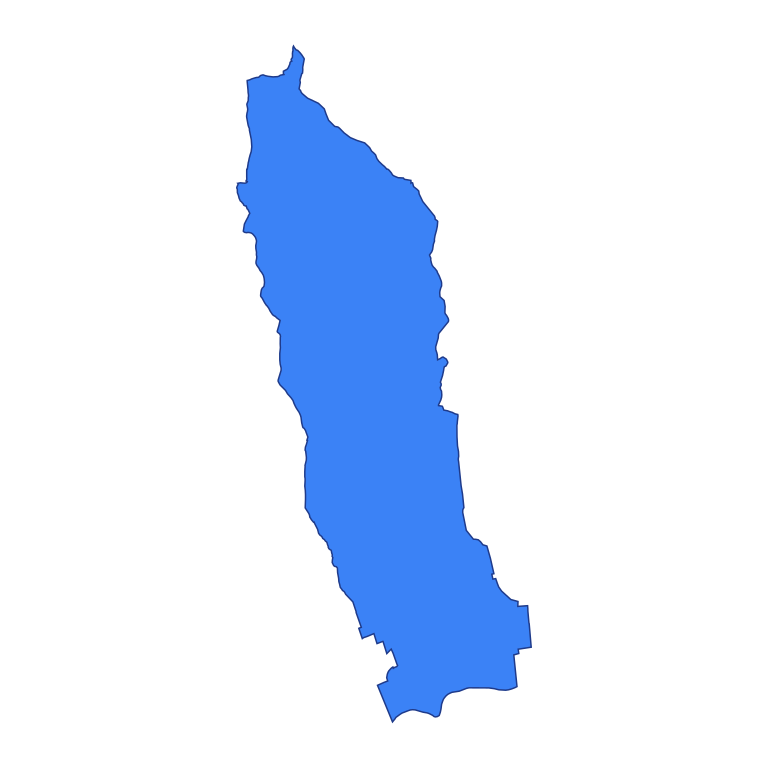 Ciceu - Mihaiesti, Bistrita-Nasaud, Romania
{"feature_id": "2599482B16133994523797", "entity_name": "Ciceu - Mihaiesti", "entity_type": "district", "adm_level": 2, "iso_a3": "ROU", "parent_name": "Romania", "parent_adm1": "Bistrita-Nasaud", "projection": "mercator", "projection_center": [23.946, 47.221], "detail": "fine", "context": "isolated", "style": "filled", "palette": "blue", "viewbox_px": 768, "rotation_deg": 0, "n_neighbors": 0, "source": "geoboundaries", "source_scale": "gbopen_adm2", "svg_char_len": 6071}
<svg xmlns="http://www.w3.org/2000/svg" viewBox="0 0 768 768"><path d="M392.5,721.9L394.9,719.0L395.9,717.4L400.4,714.1L402.2,713.0L408.2,710.7L410.2,710.0L412.5,709.7L415.2,709.9L423.1,712.2L427.2,712.9L429.2,713.6L432.7,715.4L434.0,716.5L435.3,716.9L437.3,716.6L439.2,715.5L440.3,712.3L441.0,709.0L441.6,704.3L442.5,701.6L443.4,699.3L444.1,698.2L445.8,696.1L447.7,694.4L449.7,693.3L452.0,692.3L459.2,691.2L466.7,688.3L469.1,687.8L488.7,687.9L494.4,688.7L498.9,689.8L505.7,690.2L508.5,689.8L511.7,688.9L514.8,687.7L517.0,686.6L513.8,654.9L518.8,653.5L518.2,649.2L531.2,647.2L529.2,623.8L528.9,622.7L527.9,611.4L527.8,608.2L527.6,605.7L517.8,606.4L518.0,601.5L510.8,599.5L501.6,591.1L498.7,587.0L497.3,583.3L495.7,578.6L492.9,579.1L491.8,574.2L493.9,573.7L490.4,558.3L486.9,546.0L482.9,544.8L480.5,541.7L478.3,539.8L475.8,539.3L473.4,539.2L466.3,530.4L462.7,512.4L462.8,509.7L463.9,507.6L462.5,494.0L461.1,485.7L458.6,461.6L458.3,459.9L458.3,458.6L458.7,456.2L458.5,451.6L457.5,446.0L457.0,436.8L456.9,425.4L457.3,423.1L457.3,422.1L458.0,416.0L457.8,414.5L455.0,413.8L452.1,412.3L450.5,411.9L447.6,410.8L443.8,410.1L442.7,407.0L442.2,406.2L438.5,405.6L438.5,404.9L440.8,400.0L441.6,397.2L441.8,394.9L441.5,391.1L440.6,389.5L440.2,387.5L441.2,385.1L441.1,383.7L440.4,382.2L442.5,375.7L443.6,370.5L443.9,368.3L444.4,366.7L446.0,366.0L447.8,362.8L447.7,361.9L446.3,359.1L443.0,357.0L441.4,357.6L440.4,358.5L437.6,359.8L437.3,354.8L436.8,352.7L435.8,349.7L435.7,346.8L438.2,338.1L438.5,334.3L439.0,333.2L448.4,321.6L448.6,320.1L448.2,318.4L446.6,315.5L445.3,313.8L444.9,312.6L445.1,306.4L444.1,300.5L440.0,296.7L439.7,292.9L439.9,291.0L440.8,287.8L441.6,286.0L441.6,283.0L441.3,281.3L439.2,275.9L437.4,272.5L437.0,271.1L434.7,268.2L433.5,267.1L432.2,265.3L431.5,263.3L430.7,259.9L430.8,258.1L429.8,255.9L429.5,255.0L431.7,251.9L432.6,249.6L433.4,244.2L434.5,241.1L434.4,239.2L435.0,235.7L436.5,230.2L437.3,226.2L437.7,221.4L437.3,220.8L435.1,219.2L435.1,217.9L434.5,216.1L422.8,201.6L419.2,194.1L418.7,191.0L417.1,189.4L413.6,186.6L412.6,182.9L411.7,182.6L411.0,183.1L410.9,180.4L404.4,179.3L403.4,178.0L398.1,177.7L394.1,176.0L392.7,175.1L392.2,174.4L391.5,173.1L389.2,170.3L387.7,169.1L386.9,169.2L384.5,166.5L382.2,164.6L378.8,161.3L376.9,158.6L375.6,154.9L374.1,153.3L371.6,151.1L369.6,147.6L364.7,142.9L356.9,140.4L350.3,137.6L344.1,132.9L339.4,128.1L337.9,127.0L334.7,126.4L328.6,120.3L326.0,113.9L324.3,108.9L318.4,103.3L307.6,98.2L302.1,93.5L301.1,92.1L300.5,90.5L299.1,88.9L300.3,82.5L299.9,80.1L301.8,73.6L302.5,73.1L302.8,69.9L302.7,67.3L304.2,59.2L304.1,58.5L301.7,54.8L300.0,52.7L297.6,50.3L296.3,50.0L294.4,47.7L293.5,46.1L293.1,47.0L292.9,48.3L293.0,51.0L292.7,51.3L292.4,53.8L292.5,55.0L292.4,57.4L291.6,58.7L291.3,59.0L291.2,59.3L291.2,60.2L291.8,61.1L291.0,61.5L290.1,62.3L289.8,64.2L288.2,67.8L287.2,69.2L283.4,71.2L283.4,73.7L283.9,74.5L280.4,75.2L278.9,76.2L277.7,76.6L273.1,76.9L268.1,76.3L265.4,75.7L263.2,74.9L262.3,75.0L260.4,75.6L259.1,76.9L258.5,77.3L256.3,77.5L254.2,78.1L251.7,78.9L249.6,79.9L247.2,80.5L247.2,81.7L248.0,89.9L248.1,92.4L248.5,95.0L248.5,96.4L248.3,97.3L248.2,100.7L246.9,104.0L246.9,104.8L247.6,108.3L247.7,109.6L247.4,111.7L247.0,113.1L246.6,116.1L246.7,117.3L248.1,125.0L248.6,126.7L249.4,128.6L249.4,130.1L251.3,139.6L251.8,146.8L251.2,151.6L250.0,155.3L249.1,158.8L248.7,161.1L248.3,162.4L247.3,169.1L246.8,169.2L246.7,170.0L246.7,176.7L246.8,179.4L246.0,181.0L247.3,181.5L246.8,182.5L245.7,183.0L244.6,183.2L240.4,182.8L237.8,183.3L238.2,183.7L238.1,184.2L236.8,187.3L236.8,188.1L237.3,189.2L237.4,192.7L238.4,195.4L239.1,198.2L240.3,200.9L241.4,201.7L242.3,202.9L243.1,203.6L243.8,205.2L245.4,206.0L246.2,206.0L247.1,208.8L247.9,209.4L248.4,210.4L249.8,213.3L248.4,215.8L248.2,216.7L246.1,220.6L244.4,224.1L243.3,231.2L243.5,231.6L244.8,232.4L246.8,232.7L247.9,232.4L249.7,232.6L251.4,233.1L252.7,234.0L254.4,235.9L255.5,237.5L256.3,239.9L256.5,241.3L256.2,243.5L255.8,245.3L255.8,246.7L255.9,248.7L256.5,252.2L256.4,255.0L256.8,256.6L256.6,258.8L256.1,261.1L256.0,262.2L256.0,263.2L256.3,264.1L256.9,265.4L259.0,268.3L260.0,270.4L261.7,272.5L263.3,275.2L263.9,277.3L264.2,278.8L264.5,282.3L264.3,284.4L264.0,286.2L263.0,287.5L262.4,287.9L261.5,289.5L261.1,291.4L260.7,294.2L260.6,295.5L260.7,296.2L261.1,296.9L262.2,298.2L264.6,302.7L266.5,305.5L267.0,305.8L268.8,308.3L270.1,311.0L272.3,314.3L272.8,314.9L274.0,315.7L274.4,316.1L275.1,316.2L276.9,318.0L280.1,320.4L278.9,325.5L277.2,331.3L277.5,332.2L279.3,333.6L280.1,334.6L280.5,336.3L280.3,337.3L280.2,343.8L280.4,347.8L279.8,353.4L279.8,360.0L280.2,364.2L281.1,367.9L281.1,370.3L278.2,379.9L278.1,380.6L278.2,381.5L279.3,383.6L280.2,385.1L285.5,390.4L287.5,393.8L291.0,397.7L293.0,400.5L294.0,403.4L295.5,406.6L296.5,408.4L299.1,412.3L300.4,415.2L301.0,417.2L301.7,422.8L302.7,426.9L303.0,427.6L304.2,428.4L305.3,430.2L305.7,431.0L306.1,432.3L307.9,437.1L306.9,440.2L307.5,440.4L306.3,444.7L305.4,447.1L305.1,450.1L305.7,451.3L306.4,457.3L306.3,460.2L305.0,465.5L305.1,466.3L304.8,471.6L304.8,476.7L305.1,478.6L305.1,480.7L304.8,486.1L305.3,490.4L305.5,494.6L305.5,499.4L305.2,507.9L308.7,513.3L309.4,514.8L309.9,517.4L310.5,518.1L311.3,519.6L313.0,521.6L313.6,522.3L314.1,522.1L314.9,524.0L317.6,529.3L318.6,533.3L319.9,535.1L321.3,536.1L322.2,537.2L322.7,538.4L324.4,539.6L325.5,541.2L326.6,541.9L327.1,543.0L327.5,544.6L328.2,546.2L328.2,547.2L328.8,548.6L330.1,549.7L331.0,550.1L331.3,550.7L331.7,553.0L332.3,554.8L332.1,556.4L332.8,557.5L332.4,559.8L332.2,562.5L333.7,565.6L334.8,566.4L336.3,566.7L337.4,568.0L337.6,572.6L338.6,578.2L338.9,581.7L339.5,583.8L340.3,587.4L342.2,589.8L342.4,590.4L343.8,591.3L344.5,592.0L345.7,594.3L352.9,601.9L356.2,611.9L356.1,612.5L361.3,627.3L358.8,628.3L362.3,638.6L363.7,637.6L367.3,636.4L373.9,633.6L377.0,643.6L382.8,641.4L383.0,641.4L386.8,653.6L391.2,649.1L393.1,653.3L397.0,664.3L397.6,665.3L396.8,666.6L394.6,667.4L393.3,668.3L392.9,667.0L392.1,667.5L390.9,668.5L388.8,670.9L388.1,672.1L387.3,674.2L386.7,677.8L387.7,681.0L384.0,682.4L377.5,685.3L392.5,721.9Z" fill="#3b82f6" stroke="#1e3a8a" stroke-width="1.5"/></svg>